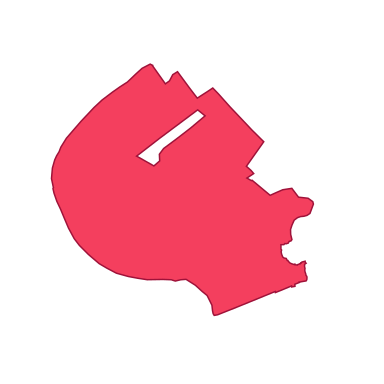 Tatakamotonga, Tongatapu, Tonga, rotated 112°
{"feature_id": "48082658B12474943410263", "entity_name": "Tatakamotonga", "entity_type": "district", "adm_level": 2, "iso_a3": "TON", "parent_name": "Tonga", "parent_adm1": "Tongatapu", "projection": "albers", "projection_center": [-175.133, -21.226], "detail": "fine", "context": "isolated", "style": "filled", "palette": "rose", "viewbox_px": 384, "rotation_deg": 112, "n_neighbors": 0, "source": "geoboundaries", "source_scale": "gbopen_adm2", "svg_char_len": 2027}
<svg xmlns="http://www.w3.org/2000/svg" viewBox="0 0 384 384"><g transform="rotate(112 192 192)"><path d="M89.3,276.0L89.1,278.7L96.0,284.6L103.7,288.3L114.3,293.1L121.2,298.0L129.1,303.1L140.5,309.9L150.4,314.5L168.1,321.4L178.6,325.0L189.2,328.6L199.6,330.4L204.4,330.3L209.2,331.1L213.7,331.3L222.1,330.4L232.2,327.3L239.5,322.4L239.1,322.2L240.9,322.2L244.9,319.4L251.3,313.8L257.1,307.5L264.3,300.4L271.8,292.9L279.4,283.7L283.7,276.4L288.7,264.7L293.2,251.2L294.5,242.4L295.6,231.7L294.2,219.4L292.2,209.6L290.1,200.7L284.0,186.3L281.1,178.3L281.0,176.3L280.8,174.1L277.6,169.6L275.2,164.8L277.2,153.9L280.4,145.3L282.3,139.2L289.5,131.1L294.4,128.5L296.9,126.8L298.1,125.2L296.2,122.2L281.0,106.3L253.1,77.6L254.0,77.0L249.6,72.4L241.8,64.5L242.7,64.0L240.9,61.2L239.0,62.1L235.7,58.6L235.4,58.9L231.7,52.9L230.3,52.7L229.3,53.0L228.4,53.3L227.7,53.6L227.1,54.1L226.7,55.0L225.4,55.8L223.4,57.5L222.1,58.2L220.5,58.6L219.0,59.7L218.3,59.9L217.8,60.2L216.8,60.5L215.3,59.5L214.8,60.6L213.8,61.2L215.8,63.9L216.9,64.1L217.0,64.7L218.1,64.8L218.3,65.4L219.1,66.0L219.7,66.8L220.2,66.9L220.9,69.4L220.4,69.7L221.0,70.1L221.2,72.9L221.1,74.6L220.2,76.7L219.6,77.4L219.8,78.0L218.3,79.8L218.6,81.2L218.7,82.0L218.4,83.2L218.1,83.7L216.1,85.6L214.0,87.0L212.6,87.1L212.0,87.4L211.7,88.1L210.5,88.6L207.5,89.8L206.4,87.1L205.0,86.6L204.8,85.4L203.3,83.6L201.4,83.4L200.3,81.9L198.7,81.5L194.4,84.6L189.8,86.6L185.3,86.9L179.8,86.7L176.2,84.5L174.1,82.1L172.6,79.2L170.6,76.6L167.7,74.6L157.7,74.9L155.7,76.4L154.3,82.0L156.4,89.6L156.9,91.3L151.2,100.8L155.9,108.7L160.6,113.3L165.8,118.3L160.9,133.5L158.6,140.7L159.2,141.2L158.5,146.3L151.8,141.7L149.9,145.3L147.8,151.2L118.5,144.3L112.2,159.4L98.6,189.1L91.1,204.3L87.8,211.7L93.1,215.3L103.0,222.3L96.3,233.6L85.9,250.5L90.4,253.8L97.4,254.5L101.7,257.2L89.6,276.1L89.3,276.0ZM113.7,217.5L116.5,208.4L133.3,217.3L149.0,226.5L162.3,234.6L169.2,236.4L175.3,233.6L182.1,237.1L179.5,256.8L154.1,242.0L113.7,217.5Z" fill="#f43f5e" stroke="#9f1239" stroke-width="1.5"/></g></svg>